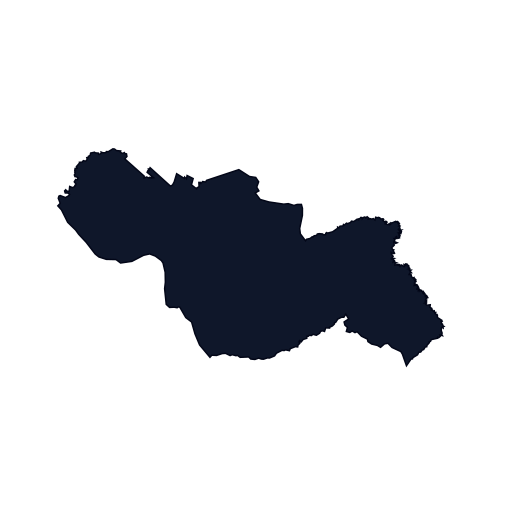 outline of Concordia, Entre Ríos, Argentina, rotated 125°
{"feature_id": "61730980B23463184159568", "entity_name": "Concordia", "entity_type": "district", "adm_level": 2, "iso_a3": "ARG", "parent_name": "Argentina", "parent_adm1": "Entre Ríos", "projection": "equal_earth", "projection_center": [-58.296, -31.285], "detail": "fine", "context": "isolated", "style": "filled", "palette": "ink", "viewbox_px": 512, "rotation_deg": 125, "n_neighbors": 0, "source": "geoboundaries", "source_scale": "gbopen_adm2", "svg_char_len": 6092}
<svg xmlns="http://www.w3.org/2000/svg" viewBox="0 0 512 512"><g transform="rotate(125 256 256)"><path d="M365.4,235.6L362.6,235.3L360.1,231.3L355.3,227.7L353.2,225.1L352.4,220.1L350.5,218.9L349.2,215.3L348.0,214.1L348.1,210.9L342.9,204.1L343.4,201.2L341.4,197.6L338.1,195.2L337.4,192.6L336.2,190.6L332.9,188.2L331.8,186.4L327.2,183.5L323.9,183.5L318.4,180.6L317.3,178.7L315.9,177.9L314.4,174.3L312.3,174.8L307.6,171.7L306.6,169.7L304.8,170.5L302.4,170.0L301.8,170.3L301.9,171.6L300.3,171.8L300.4,169.7L297.3,169.5L294.3,167.2L292.5,168.3L291.7,167.1L290.5,167.0L289.3,164.9L287.5,164.5L286.3,161.1L282.8,159.6L280.6,159.9L279.0,158.4L278.5,156.6L274.9,157.7L272.8,154.4L272.1,154.8L269.5,153.3L266.8,152.8L265.6,153.5L264.7,152.7L260.7,152.8L257.0,150.7L255.8,148.9L252.1,149.1L254.4,144.0L259.5,146.0L261.6,143.6L262.1,140.1L266.0,138.7L264.8,135.3L262.3,134.2L262.0,131.0L260.0,129.7L261.2,123.6L260.2,117.1L261.9,115.2L261.8,110.8L259.6,105.2L259.4,101.6L254.2,100.3L251.8,97.8L252.9,92.1L251.2,82.5L252.4,79.8L259.6,69.8L251.6,69.9L250.5,68.8L249.3,69.2L244.3,67.0L241.5,67.4L240.2,66.0L237.6,65.9L236.5,65.0L233.4,65.2L232.4,64.1L231.3,64.7L227.6,64.3L227.1,64.9L225.7,64.1L224.0,64.5L219.3,60.2L218.4,60.6L218.2,59.5L216.2,59.0L215.4,60.1L214.3,57.6L213.6,59.1L212.4,59.3L210.9,61.4L208.7,62.9L207.8,63.0L207.7,61.4L206.7,62.3L205.9,61.7L205.9,62.8L204.8,64.3L205.2,65.0L203.9,66.3L203.0,66.1L203.2,67.0L202.1,66.9L202.3,72.1L200.4,73.5L200.1,74.3L200.7,74.9L200.3,75.9L201.1,76.0L199.2,76.4L199.8,77.3L198.7,78.5L199.5,78.9L199.0,80.5L199.6,81.3L198.1,81.9L198.2,84.1L196.0,85.3L198.3,87.8L198.2,89.3L197.2,89.3L197.9,90.9L196.8,90.5L196.2,91.1L195.8,90.0L194.4,90.9L194.8,91.7L194.5,92.2L193.4,92.4L192.9,91.7L191.9,92.9L191.4,91.8L191.0,92.7L191.7,93.5L190.0,93.6L191.7,94.4L190.2,95.6L189.3,98.3L190.8,97.4L190.8,98.1L189.4,99.1L190.1,100.4L189.3,100.9L189.7,102.4L190.8,102.3L189.8,103.3L190.9,103.4L189.9,104.1L190.9,105.2L190.3,105.6L188.8,104.6L188.6,105.6L189.3,106.2L188.0,105.7L187.2,107.7L187.7,108.7L188.3,108.2L188.5,109.2L188.7,108.7L189.4,109.5L188.1,109.9L187.1,109.4L187.4,109.8L186.9,110.8L185.1,110.3L184.6,111.0L185.7,112.1L183.8,111.5L183.5,113.0L184.3,113.4L183.0,114.2L184.1,115.1L183.7,116.7L182.4,118.2L183.0,118.8L182.5,119.6L183.0,120.0L181.9,120.2L180.6,119.0L180.0,121.4L178.6,120.9L179.4,122.6L178.7,122.9L179.1,123.7L177.9,123.1L177.7,124.8L177.4,124.4L176.3,125.4L176.5,126.9L176.0,127.6L176.5,128.7L177.6,128.2L177.5,129.0L178.3,128.9L178.3,129.6L179.5,128.3L180.0,129.0L179.8,131.5L182.1,131.9L181.6,133.2L180.7,132.5L180.9,134.1L181.6,135.0L182.2,134.7L182.4,135.7L183.8,136.9L182.3,137.9L181.0,137.0L181.5,138.8L180.7,139.6L182.2,140.2L180.3,140.9L180.6,142.6L178.9,141.6L179.9,143.7L177.6,143.5L176.7,146.3L175.5,147.3L175.3,145.4L174.6,145.2L174.9,144.4L174.3,144.1L172.8,146.9L172.0,146.7L172.3,147.9L171.4,149.6L167.8,149.0L165.9,151.0L165.3,150.2L165.6,148.9L164.2,148.0L164.9,151.3L163.0,151.5L162.5,152.9L161.2,151.1L160.6,152.5L159.5,152.1L160.2,151.1L160.0,149.8L158.8,148.8L157.1,150.4L156.7,149.7L156.1,150.5L156.5,151.1L155.7,151.2L155.6,152.1L155.2,151.4L155.0,152.4L154.4,152.0L154.9,151.8L154.3,151.3L154.3,150.3L152.5,150.9L152.1,152.1L151.5,151.9L152.4,153.0L153.1,152.9L152.8,154.6L152.1,154.8L151.1,153.6L149.8,155.2L149.1,155.2L149.6,156.2L148.6,156.1L148.4,157.2L147.7,157.2L147.8,158.6L147.1,158.8L146.9,158.1L146.6,158.9L146.7,160.2L147.9,160.7L147.6,161.5L151.1,163.7L151.4,164.6L153.0,163.8L153.8,164.4L153.1,165.4L154.5,165.8L155.7,168.5L154.8,169.2L154.3,168.2L153.1,168.1L153.0,169.5L154.3,170.7L154.2,172.4L152.8,172.4L152.6,173.2L154.2,175.2L153.7,176.6L154.2,178.0L155.0,178.4L155.6,180.2L158.3,179.2L158.1,181.4L159.6,182.4L159.6,183.4L161.3,185.1L160.3,185.2L160.1,187.5L161.8,187.8L161.6,189.2L162.8,190.1L164.7,190.3L163.8,191.3L164.2,192.2L165.9,192.4L166.8,193.3L168.2,192.2L167.4,193.4L167.8,194.3L171.6,195.6L172.7,197.8L174.4,197.8L177.0,199.6L177.2,200.7L180.2,201.4L180.1,202.4L181.5,202.0L183.4,204.3L185.3,204.2L185.5,205.7L186.4,205.0L192.2,207.1L196.2,210.5L196.3,211.6L197.5,211.9L198.6,211.2L200.1,213.0L199.7,214.0L201.4,217.0L202.8,218.4L204.4,218.2L206.1,220.0L208.0,220.2L208.0,221.0L210.5,221.7L213.3,224.2L215.1,224.2L212.4,232.4L208.4,236.0L196.1,241.3L190.3,245.3L187.7,248.4L190.2,251.9L192.8,253.9L194.6,259.6L197.6,263.0L204.3,276.4L207.3,285.0L204.8,292.8L201.0,291.0L199.2,294.9L193.7,296.4L191.8,301.3L194.6,306.9L195.1,319.6L222.4,339.9L224.3,339.7L225.6,342.4L228.3,342.7L228.5,343.4L227.7,343.9L228.5,345.0L231.9,342.4L234.1,343.5L235.1,343.2L234.7,349.7L228.6,351.9L229.6,358.6L232.7,357.2L232.3,359.7L233.6,359.2L234.1,368.2L242.3,365.5L245.8,365.1L247.8,366.2L244.4,393.4L245.5,393.2L246.5,394.1L247.3,392.6L248.1,393.5L249.9,393.2L250.6,384.7L251.7,385.9L251.4,386.9L252.3,386.7L252.4,388.1L253.4,388.2L254.1,391.0L256.3,392.4L254.7,393.4L251.7,419.2L248.5,418.8L246.6,420.7L247.3,422.0L246.8,423.2L248.2,423.8L248.8,425.3L248.6,426.8L247.6,427.1L249.7,430.9L249.5,433.2L250.3,434.7L255.2,436.8L256.3,438.5L257.6,438.3L259.3,440.7L259.7,442.5L260.6,441.7L262.8,442.7L263.1,443.2L262.1,444.1L263.7,446.8L263.6,447.8L266.5,450.5L268.7,449.6L270.6,450.5L271.7,449.8L272.5,451.0L273.6,449.7L276.1,449.9L276.9,452.1L278.9,452.3L280.5,454.4L281.1,453.9L285.8,454.4L286.7,452.9L288.0,454.4L289.9,453.5L289.8,452.7L291.2,452.7L291.9,451.5L293.8,451.3L294.8,449.8L294.1,448.7L294.1,446.6L295.9,446.0L296.8,447.6L299.5,447.4L300.2,444.9L301.0,444.4L302.0,444.9L303.0,444.3L305.2,445.5L305.9,448.5L310.3,446.1L311.3,448.1L310.9,449.9L312.5,450.1L313.8,448.4L312.3,446.2L312.4,444.0L314.0,444.0L317.4,445.6L318.8,451.1L320.0,451.8L322.1,451.1L325.1,446.6L328.6,447.1L329.8,441.8L336.4,429.6L338.2,418.6L339.9,413.7L342.2,402.9L346.6,388.9L346.9,384.1L344.6,376.7L339.2,368.6L339.4,362.9L331.6,354.6L319.9,348.5L315.3,344.3L313.8,338.4L314.0,330.9L315.1,328.1L321.4,321.1L329.5,315.2L335.2,312.1L347.1,301.8L347.7,297.3L344.9,293.7L343.6,290.9L342.0,290.3L341.7,288.9L346.7,278.2L347.0,270.9L354.8,261.3L361.2,251.2L365.4,235.6Z" fill="#0f172a" stroke="#020617" stroke-width="1.5"/></g></svg>